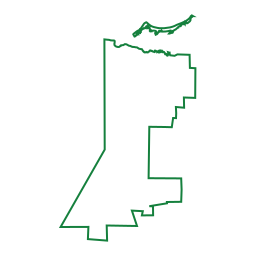 Lázaro Cárdenas, Quintana Roo, Mexico (Mercator projection)
{"feature_id": "50627088B14246153618123", "entity_name": "Lázaro Cárdenas", "entity_type": "district", "adm_level": 2, "iso_a3": "MEX", "parent_name": "Mexico", "parent_adm1": "Quintana Roo", "projection": "mercator", "projection_center": [-87.297, 21.095], "detail": "fine", "context": "isolated", "style": "outline", "palette": "green", "viewbox_px": 256, "rotation_deg": 0, "n_neighbors": 0, "source": "geoboundaries", "source_scale": "gbopen_adm2", "svg_char_len": 5366}
<svg xmlns="http://www.w3.org/2000/svg" viewBox="0 0 256 256"><path d="M169.6,52.7L169.1,52.8L168.7,52.4L168.4,52.3L168.6,52.7L168.5,52.9L168.4,52.9L168.5,53.1L168.3,53.5L168.2,53.8L168.3,54.2L168.2,54.2L168.3,54.4L168.1,54.9L167.7,55.5L167.2,55.4L167.0,55.1L166.9,55.3L166.8,55.2L166.5,54.8L166.5,54.6L166.4,54.5L166.5,54.2L166.3,54.0L166.1,54.1L166.0,54.5L165.8,54.4L165.7,54.1L165.8,54.0L165.7,53.9L165.2,54.0L165.2,53.8L164.8,53.0L164.6,52.9L164.5,52.7L164.2,52.4L164.0,52.0L163.3,51.9L163.1,51.9L163.0,52.2L162.8,52.2L162.6,52.0L162.7,51.8L162.7,51.5L162.6,51.4L162.6,51.7L162.3,51.9L162.2,51.7L162.4,51.3L162.2,51.2L161.9,51.4L161.8,51.2L161.7,51.2L161.5,51.6L161.3,51.5L160.9,51.7L161.1,51.1L160.7,50.9L160.8,51.5L160.6,51.7L160.3,51.6L160.3,52.0L159.9,52.0L159.6,51.7L159.5,51.4L159.5,51.0L159.8,50.8L159.8,50.6L159.5,50.7L159.1,50.5L159.2,50.2L159.0,50.5L159.3,50.8L159.3,51.4L159.2,51.5L159.4,51.7L159.4,52.4L158.9,52.4L158.7,52.2L158.2,52.1L158.2,51.8L157.9,52.0L157.7,51.9L157.7,52.0L157.5,51.9L157.3,52.0L157.3,51.8L156.8,51.7L156.5,51.5L156.5,51.2L156.0,51.3L155.6,51.1L155.5,50.9L155.1,50.8L155.1,50.7L154.9,50.7L154.8,51.3L155.0,51.7L154.8,51.9L154.5,51.8L154.4,51.9L154.2,51.7L153.5,51.8L153.3,51.7L153.1,51.5L152.4,51.4L152.1,51.0L151.7,51.0L151.6,50.8L150.2,50.4L149.9,50.5L149.5,50.9L149.5,51.4L149.2,51.5L148.6,51.8L148.0,52.1L147.8,52.4L147.1,52.2L147.0,52.4L146.8,52.4L146.1,52.0L145.4,52.4L144.9,52.4L144.6,52.4L144.3,52.1L144.2,52.1L144.1,51.9L143.7,51.8L143.4,51.2L143.2,51.2L143.0,50.9L142.8,50.8L142.1,49.4L141.9,49.2L141.6,49.1L140.8,49.1L139.9,48.9L139.0,48.7L137.0,47.4L135.7,47.3L133.8,46.9L133.2,47.0L132.0,46.8L131.8,46.6L130.9,46.3L130.5,46.0L128.9,45.7L126.6,44.4L125.8,44.2L124.7,44.2L124.3,44.5L123.3,45.1L122.0,45.2L121.0,45.4L121.0,45.6L120.6,45.6L120.4,45.8L120.2,46.2L119.9,46.3L119.5,46.7L119.2,46.9L118.1,47.0L117.5,46.9L116.3,46.6L115.8,46.3L114.8,45.5L114.5,45.0L114.5,44.7L114.4,44.2L114.5,43.9L114.4,43.3L114.6,42.9L114.7,41.4L114.6,40.9L114.1,40.5L111.0,40.4L109.2,39.9L108.8,39.8L108.2,39.8L104.4,39.4L104.7,149.6L60.6,227.0L88.4,226.9L87.9,239.1L107.1,240.6L106.7,225.5L137.0,226.0L131.9,210.6L142.8,211.2L141.9,215.4L153.1,215.3L153.0,206.3L149.3,206.2L167.0,203.3L166.9,202.0L181.2,201.8L181.6,189.7L181.2,178.4L148.6,178.2L149.3,126.8L164.9,127.0L171.8,127.2L173.1,118.0L176.0,118.1L176.2,113.3L175.9,107.0L184.1,107.7L183.9,97.5L195.2,97.9L195.4,68.2L189.9,67.9L189.6,54.8L177.4,54.4L174.6,55.8L170.2,55.3L169.7,54.0L169.6,52.7ZM191.8,15.4L190.8,16.2L190.3,17.2L189.2,18.5L187.6,19.8L185.5,21.2L181.8,22.9L176.9,24.8L174.7,25.9L172.6,26.7L170.0,27.4L168.6,27.6L164.1,28.2L159.7,28.2L157.5,27.9L154.0,27.1L152.7,26.7L151.1,26.0L149.2,24.7L146.7,22.5L146.2,22.3L146.0,22.5L145.0,22.9L144.1,23.6L141.0,28.2L139.1,30.1L137.3,31.0L135.8,32.1L133.5,33.9L133.3,34.4L134.5,36.5L135.5,36.2L135.7,35.8L136.6,34.5L136.5,34.2L136.7,33.9L136.9,33.9L137.0,34.1L137.0,34.7L137.1,34.8L137.6,34.4L137.8,33.9L138.0,34.1L138.1,34.4L138.3,34.4L138.2,34.1L137.9,33.7L137.6,32.8L138.5,32.5L138.8,32.7L139.3,32.7L139.4,32.9L140.0,33.0L140.0,32.8L139.8,32.6L139.8,32.4L140.5,32.4L140.8,32.2L140.6,31.2L140.1,30.8L140.1,30.5L140.4,30.7L140.6,30.8L140.6,30.7L140.8,30.8L141.0,30.8L141.1,30.4L141.5,30.1L141.5,29.7L141.2,29.3L141.8,29.4L142.0,29.0L142.4,29.1L142.6,29.0L143.2,28.8L143.3,28.7L143.3,28.8L143.8,28.6L143.8,28.3L144.1,28.2L144.8,28.1L145.6,28.1L145.9,27.9L145.8,27.6L146.0,27.3L146.1,26.7L146.5,26.7L146.9,26.2L147.0,26.7L147.2,26.3L147.7,26.1L148.2,26.3L148.0,26.9L148.3,27.0L148.0,27.1L148.0,27.3L147.9,28.0L148.4,27.8L148.6,27.9L148.8,28.1L149.5,28.2L149.7,28.5L149.5,28.8L149.6,29.1L150.3,29.6L150.0,29.9L150.1,30.2L149.8,30.6L149.8,31.0L150.2,31.4L150.8,31.4L151.1,31.3L151.6,31.3L151.6,31.0L151.9,30.9L152.1,30.7L152.3,30.8L153.5,30.6L154.5,30.7L155.5,30.9L156.2,31.4L156.2,32.2L155.8,32.7L155.1,33.1L155.2,33.4L155.4,33.5L155.7,33.5L155.8,33.8L155.5,34.1L155.7,34.7L156.9,34.2L157.3,33.8L157.7,33.3L158.1,32.5L158.5,32.3L158.4,32.1L158.5,31.9L159.1,31.5L159.0,31.2L159.1,30.9L159.8,30.9L160.0,31.4L160.7,31.5L161.5,30.4L161.6,30.5L161.2,31.5L162.5,31.6L165.4,31.5L167.7,31.2L169.6,30.8L170.1,30.6L170.5,30.6L170.5,31.1L170.2,31.2L170.1,31.3L170.2,31.5L170.4,31.5L170.8,31.2L171.0,31.3L171.0,31.5L170.5,31.8L170.9,32.0L170.6,32.2L170.7,32.4L170.8,32.4L171.3,32.0L171.6,31.7L171.6,31.4L171.8,31.2L172.8,30.9L172.8,31.1L172.4,31.4L172.4,31.5L172.9,31.3L173.0,31.3L172.8,31.8L172.6,32.2L172.4,32.5L171.8,32.7L171.7,32.8L171.3,32.7L169.9,33.2L169.4,33.1L169.1,33.5L169.7,33.5L171.3,32.9L172.4,32.8L172.7,32.6L173.2,31.2L174.0,30.3L174.8,29.8L175.5,29.6L177.3,28.0L178.0,27.7L177.9,27.5L178.0,27.3L178.5,26.8L179.0,26.6L179.3,26.4L179.8,26.3L179.7,26.1L180.0,25.9L180.2,26.1L180.7,25.9L180.8,25.6L181.0,25.6L181.2,24.9L181.5,24.5L183.7,24.1L184.4,24.4L184.6,24.4L184.6,24.1L184.3,23.9L183.9,23.8L183.6,23.9L182.3,24.1L182.4,23.9L183.2,23.5L183.3,23.2L184.3,23.3L184.4,23.5L184.4,23.4L184.5,23.2L184.7,23.5L184.7,22.9L185.3,23.1L185.3,22.9L185.3,22.2L185.7,22.6L185.7,22.8L185.7,22.6L185.6,22.9L185.9,22.9L186.0,22.5L186.1,22.4L186.2,22.8L186.4,23.1L187.3,23.2L187.5,22.9L187.9,22.9L188.1,22.6L188.7,22.2L189.4,21.7L190.0,21.1L190.5,20.1L190.5,19.0L191.0,17.7L191.1,17.1L191.4,16.8L191.5,16.7L191.8,16.7L191.6,17.0L191.4,17.2L192.0,17.0L192.5,16.1L193.0,16.1L191.8,15.4Z" fill="none" stroke="#15803d" stroke-width="2"/></svg>